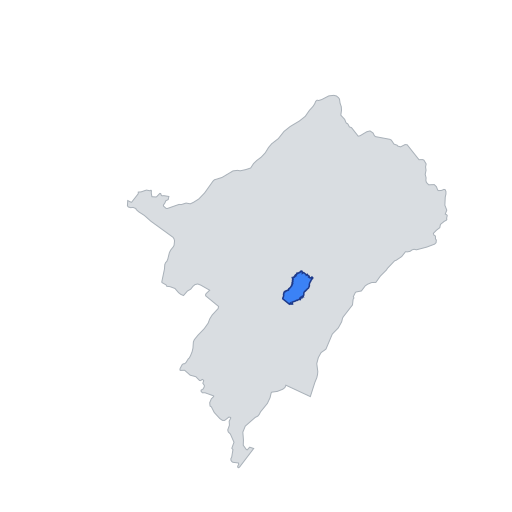 Kibombo, Maniema, Democratic Republic of the Congo shown in context, rotated 37°
{"feature_id": "63176286B11141066261470", "entity_name": "Kibombo", "entity_type": "district", "adm_level": 2, "iso_a3": "COD", "parent_name": "Democratic Republic of the Congo", "parent_adm1": "Maniema", "projection": "equal_earth", "projection_center": [25.538, -4.082], "detail": "fine", "context": "in_parent", "style": "filled", "palette": "blue", "viewbox_px": 512, "rotation_deg": 37, "n_neighbors": 0, "source": "geoboundaries", "source_scale": "gbopen_adm2", "svg_char_len": 7939}
<svg xmlns="http://www.w3.org/2000/svg" viewBox="0 0 512 512"><g transform="rotate(37 256 256)"><path d="M384.0,335.6L357.6,341.2L358.2,343.2L357.9,345.3L357.2,346.9L354.5,351.3L350.5,355.3L350.5,356.2L352.5,360.7L353.8,366.9L353.4,377.7L353.9,380.6L353.8,382.8L352.5,385.4L349.8,398.3L351.5,404.6L356.7,410.5L359.7,414.8L364.8,416.4L365.7,416.1L366.0,412.5L370.0,411.1L369.9,434.2L369.6,435.5L368.9,435.8L367.9,435.0L367.6,432.8L366.5,431.9L361.6,434.7L360.3,434.7L358.9,434.2L357.9,433.0L357.6,431.2L354.1,424.5L352.4,424.1L350.5,418.0L342.7,413.6L339.7,413.2L338.1,411.9L336.6,407.1L334.0,404.1L333.4,400.7L332.9,400.2L331.3,400.9L329.9,406.2L328.1,407.5L324.9,407.6L316.8,406.1L311.1,403.3L309.6,403.5L307.3,401.0L306.3,396.9L306.8,393.7L306.4,393.2L297.6,395.9L295.5,397.5L293.5,397.1L292.9,396.2L293.8,394.0L293.4,391.6L292.7,390.5L290.1,389.6L289.3,387.1L287.7,386.7L287.2,387.1L286.8,388.8L285.8,389.4L280.6,388.6L275.1,390.8L267.8,390.2L264.4,392.9L263.8,392.8L263.1,391.5L262.4,387.1L262.8,385.9L263.8,385.0L264.2,383.3L263.8,378.7L264.1,377.6L263.7,375.0L262.6,370.9L261.1,367.5L257.7,362.3L257.1,359.9L257.3,354.2L258.4,345.1L258.2,338.4L256.9,334.0L256.5,329.3L257.4,320.8L256.5,318.8L239.8,318.1L239.1,317.4L238.8,316.2L239.6,311.2L229.4,312.5L226.3,313.4L224.5,315.5L223.9,318.1L223.8,321.8L222.3,325.3L221.9,331.2L219.1,331.9L216.3,331.9L210.8,330.7L205.6,332.3L203.0,333.9L201.6,333.2L196.9,333.8L196.3,333.3L190.8,321.6L188.3,317.7L187.8,315.7L188.0,313.9L187.4,311.5L184.8,305.4L184.3,302.6L184.4,298.2L184.1,296.7L181.8,292.9L180.3,291.7L178.6,291.0L151.3,291.5L142.3,290.8L135.7,291.3L132.4,291.0L131.5,290.4L128.5,291.2L126.9,292.8L124.5,293.7L123.1,293.3L120.2,288.9L124.1,288.2L124.3,287.7L124.5,277.2L123.5,275.8L125.6,274.0L128.8,269.3L132.1,267.7L132.5,266.7L133.2,266.8L134.4,268.7L137.2,271.3L140.7,269.0L141.0,268.4L141.5,263.9L142.3,263.5L143.8,264.5L144.7,264.5L146.2,263.2L150.6,260.9L151.9,263.8L150.7,266.4L151.3,268.3L151.4,271.1L152.1,271.8L155.6,272.1L156.6,271.4L163.5,261.1L165.4,259.9L168.3,255.8L172.1,253.9L173.8,250.7L176.0,244.9L177.0,236.6L176.6,222.1L176.9,220.2L181.6,213.7L186.4,201.9L189.6,198.8L192.1,197.5L195.8,193.2L198.8,188.9L198.4,183.6L199.1,179.3L200.7,173.8L201.3,168.0L200.7,161.8L201.0,156.8L203.2,148.8L203.4,139.6L205.4,131.9L209.4,122.1L211.3,114.8L211.0,107.6L211.5,102.3L211.3,99.2L210.6,96.5L211.0,94.8L212.5,94.1L214.4,91.4L217.8,84.3L221.4,80.9L223.9,79.8L226.6,79.9L228.3,80.5L231.1,83.3L234.3,85.5L236.6,88.2L239.0,92.5L244.6,93.5L247.0,95.0L248.5,95.6L249.1,95.2L250.2,95.4L252.9,96.7L255.0,96.0L265.5,98.8L266.7,97.4L269.7,90.1L271.8,87.5L275.4,87.3L278.2,88.7L279.7,88.7L292.6,82.3L294.3,82.0L298.9,83.6L302.0,82.6L303.2,82.9L305.8,81.8L308.0,77.3L309.8,76.2L328.2,81.0L331.1,78.7L332.4,78.4L336.5,80.1L337.8,82.8L340.2,85.2L342.0,89.0L344.8,91.2L346.1,93.3L347.8,94.7L351.1,95.2L355.4,91.7L358.4,92.1L361.4,94.0L362.5,93.9L364.8,91.9L366.0,89.7L367.1,89.2L368.9,90.2L370.4,92.2L371.7,95.1L376.3,101.8L380.8,104.6L381.9,108.6L383.5,108.3L384.4,108.6L385.5,111.2L386.3,111.7L386.5,112.8L385.4,115.2L384.3,119.8L385.7,122.7L384.6,126.8L384.0,131.1L385.4,132.2L387.3,132.1L389.0,134.3L390.4,134.7L391.8,137.0L391.5,139.0L387.1,146.0L380.4,154.5L378.2,155.5L377.0,157.1L376.2,159.6L374.3,161.7L372.8,162.6L372.7,168.7L370.5,175.1L369.6,176.4L368.4,186.8L368.6,188.6L367.4,197.1L367.6,205.0L364.4,207.5L362.1,211.4L361.2,214.1L361.2,220.5L357.6,224.5L357.3,225.3L358.2,229.9L359.5,230.6L359.6,232.1L362.5,237.0L362.3,252.0L362.5,253.5L364.0,257.0L365.0,263.8L363.9,272.4L367.9,288.3L366.1,294.0L366.9,299.6L369.3,305.4L374.9,311.1L376.4,313.5L377.8,316.6L379.1,321.6L384.0,335.6Z" fill="#d9dde1" stroke="#a8b0b8" stroke-width="1"/><path d="M301.7,240.5L301.7,241.0L301.4,241.1L301.2,241.0L300.9,241.2L300.8,241.4L300.8,241.6L301.1,241.7L301.1,241.8L301.0,242.0L301.0,242.3L300.9,242.6L300.9,243.0L300.4,243.2L300.2,244.0L299.9,244.2L299.9,244.5L299.8,244.8L299.4,244.7L299.0,245.1L299.1,245.3L299.3,245.5L299.4,245.9L299.5,246.2L299.5,246.3L299.3,246.3L299.3,246.6L299.2,246.5L299.1,246.8L299.1,247.0L298.9,247.3L299.0,247.4L299.2,247.6L299.2,247.8L299.1,248.0L299.3,248.0L299.2,248.1L299.4,248.3L299.2,248.5L299.3,248.7L299.5,248.6L299.5,248.8L299.3,249.0L299.4,249.4L299.4,249.6L299.1,249.6L299.0,249.9L298.9,250.1L298.7,250.2L298.7,250.3L298.9,250.3L298.9,250.5L298.7,250.6L298.7,250.9L298.6,251.0L298.5,250.9L298.4,250.9L298.4,251.0L298.5,251.2L298.6,251.3L298.6,251.6L298.8,251.7L298.9,251.8L299.0,251.8L299.1,252.0L298.9,252.0L299.2,252.2L299.4,252.2L299.7,252.4L299.7,252.5L299.4,252.7L299.5,252.8L299.7,253.1L299.8,253.5L300.0,253.6L300.1,253.4L300.3,253.6L300.2,253.9L300.2,254.0L300.4,254.1L300.7,254.4L300.7,254.6L300.9,254.6L300.8,254.9L300.8,255.4L300.9,255.5L301.0,255.6L301.1,256.0L301.4,256.0L301.5,255.8L301.9,256.1L302.0,256.1L302.0,256.3L302.0,256.5L301.9,257.1L301.9,257.3L302.2,257.3L302.3,257.6L302.2,257.8L302.1,258.0L302.5,258.4L302.5,258.5L302.3,258.7L302.4,259.0L302.3,259.3L302.3,259.5L302.4,259.9L302.4,260.0L302.5,260.3L302.5,260.6L302.2,261.2L302.1,261.6L302.2,262.1L302.2,262.3L301.9,262.6L302.0,262.9L302.2,263.2L302.2,263.4L302.4,263.7L302.3,263.8L302.3,264.0L302.1,264.3L301.9,264.5L301.8,264.4L301.7,264.7L301.3,265.2L301.2,265.3L301.2,265.6L301.1,266.0L300.9,266.0L300.8,266.4L300.5,266.5L300.4,266.8L300.5,267.0L300.4,267.0L300.3,267.4L300.3,267.5L300.2,267.9L300.3,268.0L300.5,268.4L300.4,268.5L300.5,268.7L300.6,268.9L300.7,269.2L300.8,269.3L300.8,269.5L301.0,269.9L301.2,270.0L301.3,270.4L301.5,270.5L301.9,270.9L302.0,271.1L302.1,271.5L302.4,272.0L302.5,272.3L302.5,272.6L302.5,272.8L302.7,273.0L302.7,273.3L302.8,273.5L302.9,273.8L303.1,274.1L311.7,274.4L311.8,273.9L311.6,273.4L311.8,272.8L312.3,273.5L312.6,273.5L312.6,273.4L312.9,273.2L313.2,273.1L313.3,273.0L313.5,272.9L313.6,272.7L313.8,272.6L314.1,272.4L313.7,272.0L313.3,271.8L312.7,271.1L313.0,270.6L313.3,270.2L313.5,269.7L313.8,269.4L313.9,269.2L314.0,269.1L314.1,268.9L314.6,268.2L314.7,267.7L314.9,267.3L314.9,267.2L315.0,267.2L315.5,266.9L315.7,266.5L315.7,266.3L315.8,266.2L315.9,265.8L316.2,265.4L316.3,265.2L316.5,264.9L316.7,264.7L316.9,264.6L317.0,264.3L317.3,264.2L317.2,264.1L317.1,263.9L316.8,263.9L316.8,264.0L316.7,264.1L316.7,263.9L316.6,263.7L316.8,263.6L316.7,263.5L316.7,263.4L316.8,263.4L316.7,263.3L316.7,263.1L316.6,262.9L316.6,263.0L316.6,262.9L316.6,263.0L316.5,262.9L316.6,263.0L316.4,263.0L316.4,262.9L316.5,262.7L316.8,262.5L316.7,262.4L316.6,262.5L316.6,262.3L316.8,262.1L317.0,262.0L317.0,261.9L317.2,261.7L317.3,261.7L317.2,261.6L317.2,261.4L317.3,261.5L317.3,261.3L317.4,261.2L317.5,261.1L317.5,260.9L317.4,260.9L317.5,260.8L317.7,260.7L317.8,260.7L317.7,260.5L317.9,260.5L318.0,260.4L317.9,260.4L318.0,260.4L318.1,260.1L318.0,259.9L317.9,260.0L317.8,259.8L317.8,259.5L317.7,259.5L317.7,259.4L317.7,259.2L317.6,258.9L317.7,258.7L317.6,258.3L317.1,257.6L316.6,257.0L316.4,256.5L316.3,256.4L316.2,256.0L316.2,255.7L316.3,255.3L316.2,255.0L316.3,254.6L316.4,254.4L316.4,254.2L316.5,254.2L316.5,253.9L316.6,253.7L316.5,253.4L316.7,253.0L316.8,252.4L316.8,251.3L317.2,250.2L317.2,249.9L317.1,249.5L316.9,249.0L316.8,248.3L316.6,247.7L316.4,247.4L316.1,247.2L315.6,246.5L315.5,246.1L315.4,246.0L315.3,245.8L315.2,245.4L315.0,244.9L315.0,244.4L314.9,244.0L314.9,243.7L314.8,242.8L314.5,242.4L314.6,241.7L314.5,241.2L314.5,240.9L314.7,240.1L314.6,239.4L314.4,239.2L313.3,239.1L313.2,239.4L313.2,239.5L313.3,239.7L313.4,239.9L313.3,240.1L313.3,240.3L313.1,240.3L313.1,240.5L312.4,240.9L312.1,240.9L311.9,241.1L311.7,241.1L311.4,241.1L311.5,241.0L311.2,240.9L311.1,240.7L310.8,240.5L310.7,240.2L310.4,240.2L310.1,240.1L309.9,240.3L309.4,240.3L309.2,240.3L309.1,240.2L308.6,240.1L308.4,240.0L308.3,239.9L308.1,239.8L307.7,241.0L307.5,240.8L306.6,240.6L306.0,240.6L304.8,240.6L304.1,240.5L303.5,241.4L303.4,241.8L303.2,241.5L302.8,241.2L302.5,240.9L302.3,240.8L302.0,240.5L301.7,240.5Z" fill="#3b82f6" stroke="#1e3a8a" stroke-width="1.5"/></g></svg>